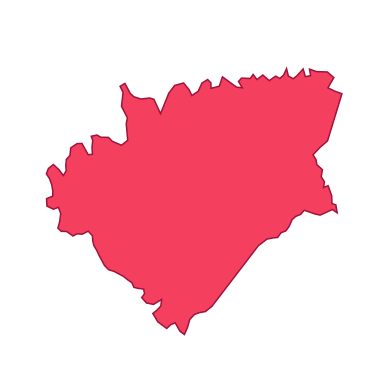 outline of Tunas, Rio Grande do Sul, Brazil, rotated 10°
{"feature_id": "56859067B9883944354981", "entity_name": "Tunas", "entity_type": "district", "adm_level": 2, "iso_a3": "BRA", "parent_name": "Brazil", "parent_adm1": "Rio Grande do Sul", "projection": "albers", "projection_center": [-52.904, -29.12], "detail": "fine", "context": "isolated", "style": "filled", "palette": "rose", "viewbox_px": 384, "rotation_deg": 10, "n_neighbors": 0, "source": "geoboundaries", "source_scale": "gbopen_adm2", "svg_char_len": 1967}
<svg xmlns="http://www.w3.org/2000/svg" viewBox="0 0 384 384"><g transform="rotate(10 192 192)"><path d="M160.8,304.7L166.4,309.2L173.6,309.4L180.7,303.1L181.1,309.7L177.8,314.7L174.5,318.4L180.9,325.8L190.8,330.8L194.1,326.3L198.2,323.8L204.4,331.3L209.3,333.7L211.1,326.1L211.9,318.0L215.7,312.1L220.5,309.4L226.0,307.4L231.5,301.1L266.7,233.3L274.0,225.4L279.5,223.2L284.3,221.9L286.7,216.7L291.2,214.0L293.6,209.1L295.4,201.8L298.4,198.0L302.9,195.2L305.7,190.5L310.1,191.2L317.1,192.3L322.2,192.5L333.3,184.9L338.6,187.3L335.9,179.7L331.9,179.1L330.2,171.4L325.0,162.2L320.7,164.6L320.7,159.0L316.6,154.5L316.6,147.4L310.2,143.4L308.6,138.7L304.7,134.3L310.6,125.5L316.6,118.1L322.6,69.2L315.1,67.9L307.8,65.8L311.8,54.7L304.5,50.3L293.7,51.8L286.4,50.6L288.6,56.8L283.6,58.7L280.1,51.5L275.3,59.1L272.1,62.9L266.8,61.1L263.7,54.1L261.9,60.9L258.8,64.9L254.2,63.4L248.7,68.9L241.4,64.5L236.4,70.0L231.8,65.6L229.7,70.1L221.0,71.2L218.6,75.1L223.4,80.6L217.6,81.0L202.0,73.3L200.5,83.1L192.7,86.6L191.7,81.3L187.9,78.5L182.9,83.0L180.6,91.8L175.1,97.0L171.4,91.8L164.8,86.1L156.4,90.1L152.0,98.7L147.4,120.3L138.4,107.3L133.8,106.8L125.5,109.3L118.3,108.3L114.1,105.7L107.1,96.7L102.8,100.4L106.8,105.8L107.7,119.9L115.5,130.2L115.4,136.3L119.7,152.2L114.5,158.2L104.7,155.9L100.2,152.7L92.8,153.9L88.5,152.4L83.1,154.6L85.3,158.5L85.7,165.2L87.4,172.1L83.3,173.3L75.2,163.3L70.4,164.3L64.9,169.6L65.5,177.1L62.6,181.7L63.1,187.7L64.4,193.0L62.4,198.1L57.3,193.3L50.7,189.0L46.5,193.8L45.4,199.4L49.4,203.6L52.7,209.4L54.8,215.4L55.6,220.3L49.9,223.8L51.6,231.1L58.5,233.0L63.1,230.3L66.5,236.1L66.8,244.6L66.2,250.9L70.0,253.4L75.6,252.7L82.4,256.0L86.0,253.2L91.3,252.6L96.6,248.6L101.5,252.4L102.8,257.5L104.7,261.8L108.5,266.3L112.0,271.3L115.5,275.6L118.6,279.6L123.4,283.0L129.3,283.8L133.3,285.1L138.9,286.9L144.6,290.0L148.5,291.7L151.4,296.0L155.8,296.3L161.2,296.0L162.9,300.4L160.8,304.7Z" fill="#f43f5e" stroke="#9f1239" stroke-width="1.5"/></g></svg>